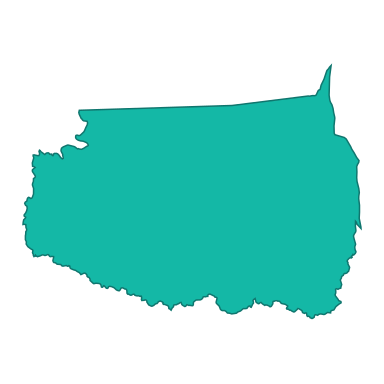 Itupiranga, Pará, Brazil (Natural Earth projection)
{"feature_id": "56859067B73095906204951", "entity_name": "Itupiranga", "entity_type": "district", "adm_level": 2, "iso_a3": "BRA", "parent_name": "Brazil", "parent_adm1": "Pará", "projection": "natural_earth1", "projection_center": [-49.924, -5.078], "detail": "fine", "context": "isolated", "style": "filled", "palette": "teal", "viewbox_px": 384, "rotation_deg": 0, "n_neighbors": 0, "source": "geoboundaries", "source_scale": "gbopen_adm2", "svg_char_len": 5929}
<svg xmlns="http://www.w3.org/2000/svg" viewBox="0 0 384 384"><path d="M361.0,228.5L360.9,226.9L359.2,218.3L359.5,212.2L359.5,205.2L358.7,198.7L358.8,196.0L359.3,192.6L358.8,188.5L357.0,181.3L356.7,177.7L356.9,172.0L356.7,166.6L357.4,164.7L358.7,162.4L359.0,160.6L356.6,157.4L354.1,152.8L351.8,149.2L350.6,146.5L346.2,139.0L344.3,137.5L334.9,134.7L334.2,133.2L334.0,125.9L334.8,118.4L334.7,117.1L333.7,112.8L333.0,108.3L331.9,104.7L330.6,102.5L329.8,100.3L329.1,95.2L329.6,76.9L331.1,65.5L329.3,67.4L328.8,68.5L327.0,70.4L326.6,71.4L324.0,79.2L321.1,85.2L320.1,89.5L318.9,90.0L318.2,90.6L316.2,95.0L314.9,95.7L312.6,95.6L309.3,96.2L308.3,96.0L232.0,105.5L79.3,110.3L78.8,112.5L79.2,114.2L81.2,118.5L82.0,119.1L82.6,120.1L83.6,120.8L87.1,121.3L87.5,122.5L87.5,123.5L87.2,124.9L85.8,127.6L84.6,130.5L83.8,131.9L80.2,135.3L79.0,135.6L77.0,135.1L75.9,135.5L75.6,136.9L75.7,137.9L76.5,139.1L78.2,140.2L80.5,140.9L83.2,141.2L86.7,142.7L88.0,144.3L88.3,145.3L87.6,146.1L86.7,146.3L84.2,148.0L81.7,149.3L79.6,149.1L78.3,148.6L77.5,148.9L74.9,146.9L74.0,146.5L68.4,145.1L67.4,145.1L63.2,146.9L61.5,148.2L61.0,150.2L61.2,151.4L62.7,154.3L62.7,155.4L63.2,157.3L63.2,158.4L62.3,158.9L60.7,157.6L58.7,154.8L57.7,153.9L56.6,153.4L54.4,153.4L53.6,154.0L53.4,155.0L52.9,155.7L52.0,155.1L51.7,154.1L49.6,154.2L49.1,153.3L48.2,152.8L46.3,153.1L44.8,154.5L40.8,151.6L40.2,150.6L39.5,150.2L39.0,151.4L39.6,153.6L39.4,154.6L38.9,155.6L38.1,155.7L34.2,154.9L33.2,155.0L33.1,156.0L33.6,157.1L33.7,158.1L32.3,163.0L32.6,166.3L33.9,166.6L35.1,167.5L32.5,169.7L32.3,170.9L32.6,171.8L35.2,175.8L35.3,176.9L34.6,177.9L33.5,178.5L33.4,181.4L32.6,183.5L32.4,184.9L33.6,188.5L33.5,194.1L32.3,197.4L31.6,198.3L30.6,198.5L29.9,197.8L28.7,197.3L27.8,197.9L27.3,198.8L26.8,201.1L25.3,202.1L24.7,203.3L25.5,205.2L26.9,206.2L27.2,208.4L26.7,210.6L25.8,212.7L24.1,215.0L24.2,216.1L25.7,217.2L25.3,218.2L23.7,219.8L23.2,222.2L23.0,224.5L24.0,224.3L25.8,224.6L26.0,227.7L26.5,228.7L26.7,229.9L26.3,231.0L25.8,231.7L25.7,234.2L25.4,235.7L25.4,239.7L26.4,241.8L26.2,244.1L27.9,246.7L31.4,249.3L32.5,249.7L32.9,250.7L32.5,252.7L33.4,254.7L33.4,255.6L34.0,256.6L34.8,256.0L35.5,255.2L35.8,256.2L36.7,256.1L37.4,256.7L40.1,255.9L42.1,255.0L42.9,254.8L44.9,255.5L45.9,255.3L47.5,254.6L48.5,254.7L49.7,256.4L50.6,256.7L51.6,256.4L53.6,256.6L53.6,257.6L52.9,260.5L53.2,261.7L53.8,262.5L55.5,262.8L57.1,264.2L60.7,264.5L62.1,266.0L63.1,266.1L66.4,265.5L67.2,266.1L68.1,266.3L68.8,265.6L69.8,266.1L69.9,267.1L70.2,268.0L70.9,268.7L73.8,269.9L75.7,270.4L77.3,271.6L79.0,272.4L79.8,273.1L80.9,274.6L83.7,273.3L84.7,273.1L85.6,273.4L87.0,275.1L87.0,276.2L87.7,277.0L88.8,277.3L89.5,278.1L90.1,279.3L90.1,280.5L93.0,283.2L93.8,283.7L96.0,283.2L99.1,283.5L100.3,284.0L100.9,284.9L101.5,287.1L102.6,287.2L103.7,285.7L104.4,286.0L106.3,288.2L107.3,288.4L108.1,287.9L108.6,286.7L109.7,286.3L111.8,286.7L114.2,287.8L116.4,289.9L118.0,290.6L119.2,290.8L120.0,290.1L121.0,288.2L122.0,287.8L122.9,287.9L124.8,289.0L125.9,289.1L126.5,289.7L126.9,290.7L127.0,293.2L127.6,294.1L128.5,294.1L130.4,295.2L131.3,295.2L133.2,294.2L134.4,294.4L134.9,295.3L136.2,295.7L137.3,295.9L138.2,295.7L140.2,296.4L141.0,296.0L141.5,296.8L141.7,298.0L141.4,299.4L141.8,300.5L144.2,300.3L145.2,299.8L146.2,300.2L146.9,301.1L146.9,302.1L148.7,304.9L151.2,306.1L152.0,306.2L153.8,305.4L154.7,304.5L155.8,303.7L156.9,303.6L157.7,302.8L158.4,301.7L160.2,301.0L162.2,301.9L163.1,302.6L162.9,303.7L163.5,304.4L164.6,304.4L167.8,305.6L168.6,306.7L168.9,308.6L169.7,308.9L171.1,310.2L172.1,308.1L173.5,306.7L173.6,305.7L174.0,304.9L176.6,304.7L177.5,304.0L178.5,303.8L180.1,302.6L181.1,302.4L181.8,304.4L182.4,305.1L184.7,306.5L185.6,306.3L186.9,304.7L189.0,305.5L189.9,305.2L190.9,305.6L192.7,305.7L193.3,304.9L193.4,302.8L193.7,301.9L195.3,300.6L196.2,300.0L200.1,299.9L201.0,299.6L201.9,299.0L202.8,297.9L203.1,297.0L203.9,296.7L205.7,296.8L206.6,296.4L207.8,296.4L207.8,295.4L208.2,294.6L209.0,294.2L210.1,294.1L214.4,296.2L215.0,297.2L215.9,297.2L216.8,297.6L217.0,298.6L216.1,302.2L216.4,303.3L219.2,306.1L220.5,309.4L221.4,310.2L222.3,310.6L224.6,310.6L225.9,311.3L227.4,313.0L229.6,313.2L231.7,313.9L235.2,313.4L236.6,313.1L237.6,312.1L240.5,311.0L242.8,309.0L243.7,308.5L244.9,308.7L246.9,308.4L248.3,306.5L249.2,306.0L250.0,306.0L250.4,307.0L251.2,307.3L252.7,304.1L253.5,303.1L253.4,301.7L252.9,300.7L253.6,299.6L255.1,298.5L256.0,302.0L256.6,302.7L257.6,303.1L258.2,303.7L259.1,303.6L260.0,302.8L261.0,302.4L262.5,303.9L264.8,305.4L265.6,304.9L267.3,305.2L269.1,306.0L269.8,306.7L270.7,306.7L271.4,306.2L272.7,304.1L272.9,303.2L272.8,302.2L273.3,301.3L274.2,301.3L275.0,300.8L277.1,300.7L277.8,301.2L278.8,301.1L279.7,301.4L281.1,303.2L281.9,303.6L285.3,304.3L287.7,305.9L287.6,306.8L286.9,307.4L286.5,308.4L287.0,309.2L288.1,309.1L289.7,310.2L290.6,310.2L292.2,311.3L293.9,312.0L294.7,311.7L297.1,309.5L297.9,308.5L299.0,308.8L301.9,310.6L302.6,312.6L304.5,313.4L305.6,312.9L306.5,313.1L306.9,315.5L307.4,316.4L308.3,316.2L309.7,316.8L310.1,317.7L312.0,318.5L313.0,318.1L314.2,317.2L314.4,316.0L314.9,315.0L315.7,314.7L317.7,315.3L318.8,314.3L320.7,313.9L323.9,314.5L324.8,314.3L327.5,312.5L330.6,312.9L330.7,311.5L331.4,310.6L333.9,309.9L335.9,306.6L338.9,304.2L341.1,302.8L340.9,301.5L338.7,300.6L338.1,299.4L335.4,295.8L335.1,294.5L335.6,293.5L335.8,292.1L335.6,289.2L336.6,288.7L338.0,289.3L338.9,288.7L340.8,288.1L340.9,286.9L341.7,284.6L340.3,280.0L341.4,278.0L341.6,276.5L343.3,275.3L343.7,274.3L344.4,273.5L345.5,273.5L346.5,273.1L347.2,272.7L347.6,271.8L348.5,271.5L349.4,268.3L349.6,267.3L347.9,263.9L348.0,262.6L347.2,261.3L347.4,260.2L349.0,258.4L350.1,257.7L351.2,258.0L352.1,257.3L351.4,256.3L352.3,255.6L352.9,254.4L353.7,255.0L355.2,253.5L355.8,252.4L355.9,251.4L355.2,250.1L354.8,247.9L354.8,246.7L355.6,244.2L353.9,238.1L353.5,236.0L354.0,234.5L355.7,231.8L355.9,230.3L355.4,226.3L355.5,221.2L356.4,222.2L356.9,224.1L361.0,228.5Z" fill="#14b8a6" stroke="#0f766e" stroke-width="1.5"/></svg>